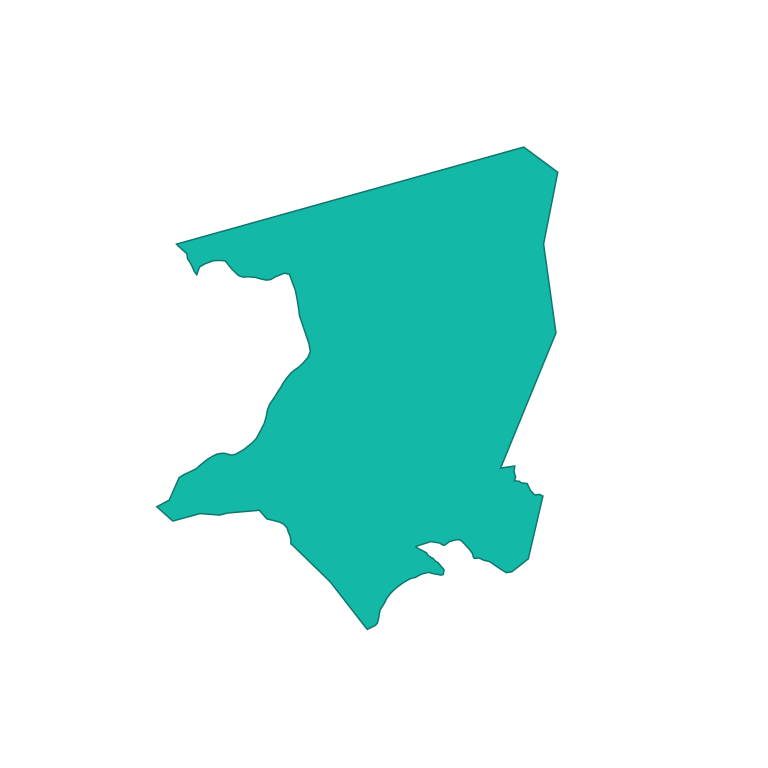 Santa Cruz de Bravo, Oaxaca, Mexico, rotated 239°
{"feature_id": "50627088B21531122544022", "entity_name": "Santa Cruz de Bravo", "entity_type": "district", "adm_level": 2, "iso_a3": "MEX", "parent_name": "Mexico", "parent_adm1": "Oaxaca", "projection": "mercator", "projection_center": [-98.221, 17.572], "detail": "fine", "context": "isolated", "style": "filled", "palette": "teal", "viewbox_px": 768, "rotation_deg": 239, "n_neighbors": 0, "source": "geoboundaries", "source_scale": "gbopen_adm2", "svg_char_len": 2139}
<svg xmlns="http://www.w3.org/2000/svg" viewBox="0 0 768 768"><g transform="rotate(239 384 384)"><path d="M610.8,278.2L608.7,278.6L597.1,282.1L592.5,280.1L588.4,280.3L583.8,280.1L578.0,279.3L574.1,279.8L579.3,286.1L579.2,292.7L577.5,301.4L574.1,307.5L571.2,311.3L560.4,312.8L551.8,315.2L548.3,318.1L545.8,322.9L541.4,328.9L537.3,332.7L533.6,336.7L531.9,340.7L531.8,346.3L530.3,355.7L526.7,359.4L523.0,358.7L516.4,357.4L509.7,356.2L500.7,352.9L493.0,349.8L486.0,346.7L471.3,343.5L457.4,340.5L449.8,337.6L445.9,332.4L443.3,324.1L442.3,318.8L442.1,315.1L441.4,310.0L439.4,304.1L436.4,297.4L434.6,294.5L432.5,289.9L429.7,284.7L425.5,275.5L421.4,270.3L417.1,266.6L412.1,261.3L407.0,253.1L403.2,246.7L401.6,241.5L400.6,234.2L400.0,230.3L400.2,220.9L401.5,216.7L405.2,213.1L406.8,211.6L408.1,209.4L409.9,205.0L410.3,201.7L410.4,194.5L409.8,189.3L409.2,185.1L408.1,179.4L408.5,174.4L409.4,166.0L409.3,160.2L395.1,140.1L395.8,126.0L375.3,132.4L367.7,159.6L356.3,175.6L354.0,183.4L342.5,206.9L340.0,212.1L328.7,214.1L323.4,219.5L319.1,223.6L315.4,225.8L310.7,226.8L306.1,225.7L301.8,225.1L298.1,223.8L294.9,221.8L292.3,222.8L242.1,236.0L182.3,243.2L181.7,249.9L181.5,252.2L182.4,255.2L185.8,258.7L189.0,261.3L192.4,264.3L196.1,271.8L198.8,275.8L201.0,281.2L202.6,287.1L203.7,296.5L203.8,301.5L203.4,307.6L202.0,311.1L201.9,316.4L201.4,319.6L199.3,325.8L197.0,327.5L193.5,331.5L190.8,334.4L190.2,336.7L192.3,338.5L193.9,339.8L203.0,338.3L205.9,336.8L209.2,336.2L211.8,334.7L214.0,333.6L217.6,333.4L221.7,330.9L226.8,327.8L228.2,327.7L227.5,331.5L224.8,343.0L219.0,349.8L215.4,351.6L214.6,353.2L215.2,359.1L213.0,366.5L210.7,369.3L205.4,370.6L198.1,372.1L193.0,372.5L190.0,371.5L188.2,371.5L187.2,373.0L185.9,375.9L181.6,378.7L177.2,383.2L170.4,386.2L164.2,389.1L159.3,391.7L157.2,396.8L159.8,417.6L206.1,462.5L206.6,462.0L208.3,461.2L209.5,460.2L210.6,457.1L211.8,455.9L217.2,454.7L225.0,455.4L228.8,450.4L230.7,450.1L233.9,445.9L236.5,449.0L239.2,449.5L242.8,450.8L246.3,453.9L251.8,440.9L251.4,440.0L339.2,557.7L421.8,592.9L476.0,642.0L515.1,625.8L516.9,619.4L570.5,424.6L610.8,278.2Z" fill="#14b8a6" stroke="#0f766e" stroke-width="1.5"/></g></svg>